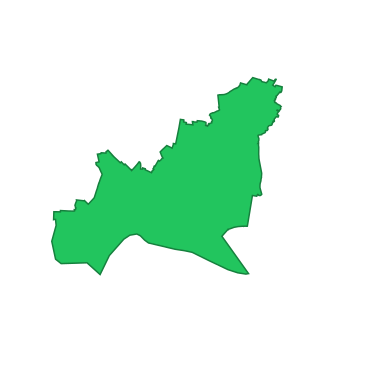 Eemsdelta, Groningen, Netherlands, rotated 131°
{"feature_id": "6326949B5414348034711", "entity_name": "Eemsdelta", "entity_type": "district", "adm_level": 2, "iso_a3": "NLD", "parent_name": "Netherlands", "parent_adm1": "Groningen", "projection": "orthographic", "projection_center": [6.777, 53.348], "detail": "fine", "context": "isolated", "style": "filled", "palette": "green", "viewbox_px": 384, "rotation_deg": 131, "n_neighbors": 0, "source": "geoboundaries", "source_scale": "gbopen_adm2", "svg_char_len": 5778}
<svg xmlns="http://www.w3.org/2000/svg" viewBox="0 0 384 384"><g transform="rotate(131 192 192)"><path d="M144.8,248.4L151.9,244.1L166.4,235.9L167.6,237.9L168.1,237.6L168.4,237.2L169.0,237.0L169.7,236.7L172.0,235.8L172.4,237.6L173.5,241.5L178.6,242.0L178.8,242.1L182.7,242.3L183.4,240.8L184.1,239.6L184.4,238.9L184.8,238.1L185.4,236.3L185.6,236.5L185.8,236.6L187.6,236.6L188.1,236.5L190.1,236.9L190.2,238.1L190.4,238.1L196.8,236.8L197.1,237.5L197.5,237.5L198.1,237.1L198.8,236.7L199.0,236.7L199.0,236.8L199.6,236.6L200.1,236.6L200.1,235.6L200.4,235.6L200.7,235.8L201.5,235.6L202.3,235.9L202.5,235.8L202.8,235.8L203.1,235.6L203.8,235.2L204.0,235.2L205.9,241.9L205.1,242.5L206.2,245.0L207.1,244.3L208.4,245.9L205.5,248.2L204.4,249.4L204.0,249.9L204.0,250.4L203.8,250.8L203.7,251.1L204.2,251.1L204.2,251.7L207.3,251.5L209.0,251.5L210.6,251.5L214.8,251.6L214.8,251.8L215.0,251.8L215.0,252.1L215.4,251.9L215.0,257.0L214.8,260.9L216.0,261.0L215.6,265.2L217.0,265.3L216.6,275.3L216.5,275.2L215.6,282.6L216.7,282.9L216.6,283.0L217.4,283.1L217.9,283.3L218.0,283.2L219.1,282.5L222.0,286.3L222.9,286.0L225.5,288.2L230.2,281.9L232.8,283.8L234.1,282.5L234.3,281.8L234.4,281.5L234.4,280.8L234.3,280.2L234.4,279.5L234.5,278.1L236.5,273.9L237.1,272.4L237.5,271.7L237.8,271.3L241.8,269.9L246.2,268.1L246.3,268.2L250.4,266.4L251.0,266.0L254.3,264.7L254.7,264.5L259.8,262.3L260.4,262.1L260.9,262.0L267.9,262.2L269.3,262.3L269.0,267.6L269.4,267.6L273.8,274.0L274.3,273.4L274.6,273.2L275.5,272.9L277.1,272.4L278.2,271.8L278.8,271.4L278.9,271.5L279.3,270.9L279.6,270.4L280.4,269.5L280.2,269.1L280.6,268.9L281.8,268.4L282.5,269.3L283.4,268.3L284.1,268.8L287.4,272.8L292.3,279.1L293.3,278.3L297.5,283.3L303.7,278.3L302.8,277.7L302.2,277.0L302.5,276.7L305.9,273.1L306.2,272.7L321.2,265.5L332.2,250.9L331.9,243.8L314.3,224.8L314.6,207.2L294.2,212.7L272.3,212.5L265.4,210.6L259.9,206.1L258.9,202.2L259.4,196.2L259.0,191.4L246.3,167.2L241.3,159.3L237.4,152.3L232.6,134.0L227.0,113.9L223.0,104.5L218.6,97.5L216.5,95.8L205.8,140.4L196.9,140.3L196.7,140.0L196.5,140.3L195.2,139.4L192.2,137.7L191.2,137.2L188.3,134.9L187.9,134.6L184.2,130.9L184.2,130.6L183.4,130.0L181.9,128.2L181.5,127.8L155.0,144.1L152.7,140.4L151.8,140.7L151.4,140.7L151.0,140.9L150.8,140.9L150.6,140.7L150.6,140.2L150.8,140.0L150.8,139.7L150.7,139.3L150.5,138.9L150.1,138.5L149.9,138.2L149.5,138.0L148.9,137.9L148.2,137.8L147.9,137.9L145.0,142.3L144.4,143.2L143.7,144.0L143.4,144.2L142.2,145.2L141.1,146.0L138.4,147.3L137.2,148.2L136.5,148.6L135.3,149.2L135.2,149.4L132.5,151.4L131.9,152.0L124.6,161.3L122.7,163.6L121.1,165.1L119.7,166.5L114.4,171.0L113.0,172.6L111.7,173.6L111.9,173.7L111.8,173.9L111.9,174.0L111.7,174.0L111.5,173.8L110.9,174.4L110.6,174.9L110.4,174.9L109.7,175.2L109.0,175.6L108.4,176.1L107.7,176.7L107.2,177.7L106.7,178.5L106.2,179.1L105.8,179.3L105.1,178.9L103.0,177.0L102.8,177.1L102.4,177.2L102.0,177.1L101.1,176.6L99.3,175.8L98.4,176.0L97.8,176.7L97.5,176.8L97.0,176.5L96.6,175.9L96.4,175.7L95.9,175.6L95.1,175.7L94.8,175.8L94.5,176.2L94.4,176.4L94.4,176.8L94.3,177.0L92.9,177.4L92.2,177.5L91.5,177.4L91.0,177.1L90.1,176.3L89.3,175.8L88.8,175.8L88.6,175.8L88.1,176.2L87.8,176.4L87.7,176.3L87.2,176.4L86.2,176.9L86.0,176.5L85.0,176.3L84.9,177.1L84.5,177.0L84.2,176.6L83.5,177.3L83.3,177.6L82.5,177.9L81.7,177.7L80.1,177.8L79.8,177.7L79.0,176.2L78.6,176.3L77.7,176.6L77.5,176.8L77.3,177.1L77.4,177.4L77.5,177.9L77.6,178.5L77.3,178.7L76.9,179.0L76.1,179.2L75.4,179.3L74.4,179.3L74.1,179.3L74.7,181.4L74.2,181.5L73.6,179.5L73.6,179.4L73.3,179.5L73.0,179.4L72.4,179.6L71.7,179.5L71.4,179.5L70.8,179.8L69.7,181.0L69.4,181.0L69.0,180.9L69.0,181.2L69.0,181.7L68.9,182.2L68.9,182.4L68.9,182.6L69.1,183.1L69.7,185.6L69.6,186.2L69.6,187.2L70.0,187.6L70.0,187.9L70.0,188.5L69.7,188.7L69.5,188.9L69.3,188.9L69.2,189.1L69.1,189.3L69.2,189.6L69.0,189.8L68.9,189.9L68.2,189.8L67.9,189.6L67.6,189.6L67.3,189.8L67.3,190.2L67.1,190.4L66.7,190.4L66.4,190.3L66.1,190.3L65.4,190.4L65.0,190.8L64.9,190.9L64.9,191.3L64.7,191.5L64.0,191.3L63.6,191.1L63.4,191.1L62.8,191.2L60.6,191.2L58.8,191.3L58.7,191.3L58.6,191.1L58.6,190.9L58.8,190.6L58.8,190.4L58.6,190.3L58.4,190.2L58.0,190.4L57.3,190.5L56.8,190.6L53.5,192.9L53.9,193.6L53.9,193.8L55.4,196.8L55.5,197.1L56.4,198.7L58.1,198.4L58.4,201.2L56.0,201.5L54.2,201.9L53.4,202.0L52.6,202.2L51.8,202.4L51.8,202.7L52.0,202.8L52.3,202.8L52.4,203.0L52.5,203.1L54.5,202.8L56.5,208.2L58.3,207.4L60.7,207.6L60.9,207.6L61.6,209.3L61.9,209.7L63.0,211.9L62.6,212.6L62.3,213.5L62.7,214.5L62.8,214.4L65.8,221.2L70.6,221.2L70.9,221.2L71.1,221.1L71.5,221.2L74.8,221.2L75.1,221.0L77.3,225.7L77.8,226.9L78.4,226.7L79.8,226.0L80.5,225.9L80.7,226.0L81.0,225.8L81.5,225.8L81.9,225.8L83.4,226.1L84.4,226.7L84.5,226.5L84.9,226.7L84.8,226.9L85.1,227.0L87.0,227.9L89.5,228.6L91.2,229.2L92.4,229.3L93.4,229.6L95.3,230.4L97.1,231.5L97.8,232.1L100.3,234.7L100.5,235.0L101.2,235.5L101.9,236.0L110.0,227.3L110.5,227.6L111.8,225.3L112.0,225.1L113.7,225.6L114.5,226.2L115.9,226.7L117.5,227.4L117.9,227.6L118.6,228.3L119.0,228.6L119.4,228.7L120.3,229.2L121.0,229.5L121.3,229.4L121.7,229.4L122.5,229.2L122.5,228.6L122.5,228.2L123.0,227.4L123.1,227.1L123.1,226.9L123.0,226.7L123.3,226.4L123.8,226.4L123.9,226.2L124.0,225.8L123.8,225.3L123.9,224.7L124.1,224.2L124.3,223.9L124.9,223.4L125.1,223.3L125.3,223.3L125.9,223.5L126.8,222.5L127.4,222.9L128.1,223.2L128.4,223.3L129.3,224.2L129.8,224.2L130.0,223.9L130.1,223.6L130.1,223.4L131.6,223.8L131.7,223.5L132.1,223.6L131.8,224.2L132.2,224.4L132.5,224.6L132.7,224.8L132.8,225.3L132.5,225.3L130.4,227.1L130.5,227.7L131.1,229.2L132.1,231.2L134.7,234.8L136.0,234.1L138.2,236.9L138.0,237.1L138.6,237.9L139.6,236.8L140.7,235.4L143.2,239.0L144.7,240.9L143.3,241.8L144.6,244.3L143.0,245.3L143.3,246.2L143.9,246.9L144.8,248.4Z" fill="#22c55e" stroke="#15803d" stroke-width="1.5"/></g></svg>